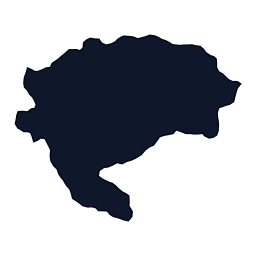 Serrania, Minas Gerais, Brazil (Albers equal-area conic projection)
{"feature_id": "56859067B74246895734471", "entity_name": "Serrania", "entity_type": "district", "adm_level": 2, "iso_a3": "BRA", "parent_name": "Brazil", "parent_adm1": "Minas Gerais", "projection": "albers", "projection_center": [-46.094, -21.571], "detail": "fine", "context": "isolated", "style": "filled", "palette": "ink", "viewbox_px": 256, "rotation_deg": 0, "n_neighbors": 0, "source": "geoboundaries", "source_scale": "gbopen_adm2", "svg_char_len": 2121}
<svg xmlns="http://www.w3.org/2000/svg" viewBox="0 0 256 256"><path d="M69.2,49.8L65.3,53.4L61.8,56.2L58.6,59.0L55.5,61.2L52.3,63.3L50.5,67.5L46.1,68.0L42.1,70.0L37.9,71.6L34.7,71.6L31.4,69.7L27.6,68.0L26.4,72.5L24.5,77.6L23.9,82.8L24.6,87.1L27.6,90.3L29.7,94.2L32.7,97.0L34.3,100.0L36.4,104.5L34.8,108.5L31.4,109.0L27.6,112.0L23.0,111.5L18.2,111.7L16.9,115.6L16.3,119.7L15.4,123.7L17.9,127.9L20.8,129.5L23.8,131.5L27.6,131.5L30.7,132.5L32.4,136.8L33.8,141.7L37.3,140.2L40.6,137.9L45.0,138.4L47.0,142.4L48.6,145.4L50.9,150.1L50.3,155.3L51.0,160.9L53.7,165.6L57.3,169.1L58.9,174.0L61.1,177.3L63.4,179.9L65.0,182.8L66.7,185.5L70.0,189.2L71.4,193.2L72.7,198.4L76.2,200.6L79.2,202.7L82.9,205.6L87.8,206.9L91.8,206.6L95.8,207.6L98.6,210.5L102.1,210.6L107.2,210.8L110.2,214.4L113.3,216.4L117.0,217.3L120.2,218.3L123.7,219.7L128.3,220.7L131.7,216.6L132.2,211.8L130.6,208.9L128.8,206.0L129.0,201.5L128.7,195.9L125.8,193.8L122.5,192.2L118.4,188.9L115.2,185.7L112.3,183.5L109.0,182.4L106.0,181.0L102.6,179.3L98.1,176.1L99.1,170.6L103.8,167.4L108.1,166.8L112.6,164.9L117.2,162.5L122.0,163.7L126.6,161.3L131.3,160.0L135.0,158.3L137.7,156.7L141.4,154.4L144.8,150.3L149.1,146.9L153.4,145.1L156.6,140.9L159.4,136.8L164.0,135.2L169.1,134.3L173.1,133.4L176.1,129.7L181.2,131.5L186.0,133.4L190.7,133.4L194.4,133.9L199.1,133.7L202.5,133.2L204.9,135.9L209.2,137.9L213.1,137.2L216.6,135.0L218.0,130.9L218.4,124.8L218.1,121.2L217.4,117.3L217.1,112.7L218.7,107.6L222.6,106.4L225.5,105.2L229.3,104.3L233.5,101.6L234.8,96.4L235.7,93.1L237.1,88.3L240.6,83.8L237.3,81.7L232.6,81.7L228.3,79.7L225.1,76.5L222.6,74.1L218.4,71.6L216.4,67.4L216.4,62.8L216.1,59.0L213.8,56.9L210.1,55.6L205.8,52.7L203.1,49.0L200.1,46.5L195.7,45.9L191.8,45.0L187.5,45.2L183.8,45.2L179.8,45.6L176.0,45.2L172.1,44.7L169.2,42.6L165.3,40.7L161.8,39.6L158.6,37.7L154.6,36.0L149.9,35.3L145.4,36.9L142.1,37.8L137.9,38.9L132.9,37.0L127.7,36.5L123.7,36.2L120.8,37.5L117.8,39.4L115.6,41.8L111.4,43.9L106.2,45.2L101.6,43.2L98.9,39.3L94.9,39.1L90.1,38.4L86.8,40.0L83.7,42.6L83.2,48.0L79.9,50.9L76.5,49.7L72.7,49.8L69.2,49.8Z" fill="#0f172a" stroke="#020617" stroke-width="1.5"/></svg>